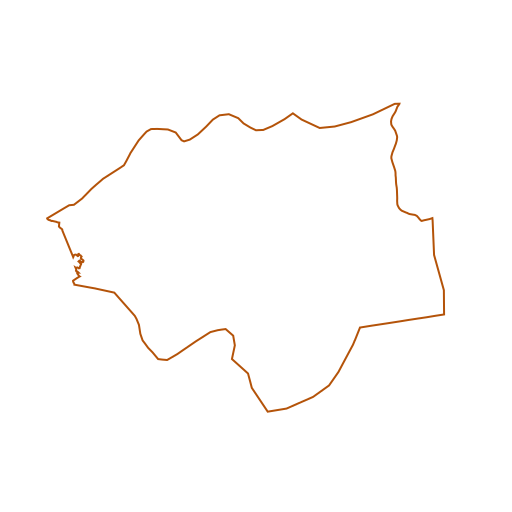 At Tall, Rif Dimashq, Syria, rotated 71°
{"feature_id": "27442178B63006606807907", "entity_name": "At Tall", "entity_type": "district", "adm_level": 2, "iso_a3": "SYR", "parent_name": "Syria", "parent_adm1": "Rif Dimashq", "projection": "orthographic", "projection_center": [36.331, 33.701], "detail": "fine", "context": "isolated", "style": "outline", "palette": "amber", "viewbox_px": 512, "rotation_deg": 71, "n_neighbors": 0, "source": "geoboundaries", "source_scale": "gbopen_adm2", "svg_char_len": 4693}
<svg xmlns="http://www.w3.org/2000/svg" viewBox="0 0 512 512"><g transform="rotate(71 256 256)"><path d="M224.0,437.0L231.5,423.7L234.5,418.3L234.6,418.2L244.5,401.9L250.6,399.4L273.1,390.1L276.4,389.5L283.0,389.1L291.9,390.7L292.7,390.7L298.9,390.7L302.5,389.5L307.7,387.9L313.4,385.2L321.6,382.1L323.4,378.4L325.4,373.9L323.1,362.2L321.2,355.5L320.8,354.0L317.1,340.6L313.1,323.9L313.7,316.3L314.4,312.4L315.2,308.5L323.9,303.5L333.6,305.1L345.6,312.3L364.5,301.8L373.1,302.4L379.3,302.9L407.0,295.6L410.2,276.8L409.1,263.8L407.8,247.9L402.2,229.1L392.5,215.8L385.5,208.3L371.3,193.0L370.8,192.6L369.5,191.4L369.0,191.0L368.8,190.8L368.6,190.7L368.2,190.3L368.1,190.1L357.9,181.3L357.5,181.0L359.5,169.5L362.5,153.2L364.8,140.4L366.1,132.8L367.7,124.1L367.8,123.4L368.4,120.4L368.7,118.7L369.4,115.0L370.9,106.1L372.4,97.8L372.5,97.2L349.5,89.5L313.0,87.3L280.1,77.5L277.6,76.9L277.6,77.3L277.6,79.3L277.6,79.8L277.4,81.6L277.1,84.2L277.0,84.7L277.0,84.9L276.9,85.8L276.8,87.9L276.2,88.5L274.3,89.4L273.3,89.7L272.0,90.2L270.4,90.9L270.0,91.3L268.8,92.5L268.7,92.7L268.1,93.9L267.9,94.3L267.6,94.8L266.9,96.1L266.4,97.0L265.8,97.8L265.1,98.5L264.5,99.0L264.1,99.6L263.3,100.5L261.2,102.8L260.9,103.2L259.3,104.3L259.0,104.4L257.9,104.9L257.0,105.2L254.1,105.6L253.3,105.5L252.8,105.5L252.3,105.3L250.1,104.7L249.8,104.6L247.7,103.8L246.5,103.4L239.6,101.3L237.3,100.7L234.4,100.2L233.4,100.0L231.5,99.5L227.5,98.3L225.2,97.8L224.3,97.5L223.1,97.1L222.3,96.9L221.9,96.8L220.7,96.6L217.1,96.5L211.6,96.5L207.5,96.2L205.8,95.5L202.4,93.2L199.6,90.7L196.4,88.1L195.5,87.3L194.6,86.7L194.2,86.4L192.4,85.2L192.2,85.1L189.5,83.8L188.2,83.6L184.0,83.6L183.1,83.6L182.7,83.6L182.4,83.7L181.1,84.0L179.7,84.4L179.0,84.6L178.8,84.7L177.4,85.0L176.5,85.2L175.4,85.2L172.7,84.5L170.6,83.3L169.3,82.2L168.3,81.3L165.7,78.0L164.7,76.9L164.0,76.3L163.4,75.8L160.9,73.7L160.3,72.8L159.5,71.7L159.0,71.0L158.7,70.8L157.3,75.3L160.1,99.3L160.4,122.5L159.2,139.4L155.7,154.1L141.8,168.5L133.1,174.7L135.9,184.4L138.5,198.3L139.1,207.2L139.2,208.0L137.8,212.7L137.1,215.1L132.7,219.5L126.6,224.6L119.9,227.9L113.1,235.5L112.1,240.1L111.1,244.7L113.0,252.4L117.4,260.9L122.1,271.4L124.4,280.7L124.2,286.7L122.3,288.7L113.1,291.7L107.7,298.1L103.8,307.7L101.8,313.9L102.7,318.9L104.3,321.9L108.5,329.3L112.0,333.8L117.1,340.3L117.6,341.0L118.8,342.2L124.1,347.8L127.2,351.3L128.7,357.0L133.2,375.5L134.2,377.9L136.6,384.0L139.1,390.0L140.9,393.5L144.2,400.1L145.0,401.6L148.3,411.5L147.2,416.1L148.4,422.1L152.4,441.2L152.5,441.2L153.0,441.1L153.3,441.1L153.5,440.9L153.8,440.7L154.0,440.6L154.3,440.3L154.4,440.2L154.5,440.1L154.7,439.8L154.8,439.7L154.9,439.4L155.0,439.3L155.0,439.2L155.3,439.0L155.3,438.9L156.1,438.2L156.3,438.0L156.3,437.9L156.3,437.7L156.4,437.4L156.5,437.3L156.5,437.2L157.3,435.9L157.5,435.6L158.3,434.3L158.8,433.5L159.4,432.9L159.6,432.7L159.8,432.3L160.4,431.1L161.1,431.4L162.1,431.9L162.8,432.2L163.9,432.7L164.2,432.6L164.4,432.6L165.0,432.3L165.4,432.1L166.3,431.5L167.5,430.7L167.8,430.6L168.0,430.6L168.9,430.8L169.0,430.8L185.0,429.9L197.4,429.2L197.6,429.2L197.3,428.9L195.9,427.9L195.8,427.0L195.9,426.3L196.1,425.8L196.5,425.5L197.0,425.2L197.6,424.8L198.1,424.5L198.1,424.3L197.8,424.1L197.1,423.9L196.6,423.6L196.2,423.2L196.3,422.8L197.0,422.6L197.6,422.5L198.0,422.2L198.3,421.7L199.2,421.4L199.7,421.1L200.0,421.4L200.3,421.7L200.5,422.0L200.8,422.2L201.1,422.3L201.6,422.1L201.9,422.0L202.4,421.7L202.9,421.3L203.4,421.0L204.1,420.6L204.6,420.8L204.9,421.0L205.3,421.3L205.4,421.7L205.2,421.9L205.1,422.1L204.9,422.8L204.5,423.4L204.1,424.0L203.6,424.4L203.3,424.2L203.1,424.0L202.9,424.0L202.9,424.4L203.2,424.9L203.2,425.2L203.4,425.5L203.5,425.4L203.8,425.3L204.0,425.2L204.5,424.9L205.1,424.8L205.4,424.6L205.8,424.1L206.4,423.8L206.6,423.9L206.9,424.1L207.2,424.5L207.4,424.7L207.5,424.8L207.8,425.0L208.0,425.1L208.3,425.4L208.5,425.7L208.7,425.9L209.6,426.4L210.0,426.7L209.9,426.9L210.0,427.5L209.8,427.7L209.4,428.0L209.1,428.2L208.9,428.4L208.6,428.8L208.6,429.1L208.8,429.6L208.8,429.9L208.5,430.2L208.1,430.5L208.4,430.5L208.7,430.4L209.0,430.3L209.4,430.3L209.6,430.4L209.9,430.4L210.2,430.4L210.5,430.5L210.8,430.6L211.3,431.0L212.1,430.8L212.5,430.0L213.2,429.6L213.4,429.5L214.0,429.2L213.8,429.8L213.7,430.4L213.9,430.6L214.0,430.6L214.3,430.7L216.0,430.2L217.4,429.7L217.6,429.6L217.9,429.4L217.9,429.6L218.0,429.8L218.3,431.1L218.6,432.5L218.8,433.3L219.1,434.4L219.4,435.5L219.8,437.0L220.4,437.2L220.6,437.2L220.9,437.2L221.1,437.2L221.4,437.2L221.5,437.2L221.8,437.2L222.4,437.0L222.5,437.0L222.7,436.9L222.8,436.9L223.0,436.9L223.3,436.9L223.5,436.9L223.8,436.9L224.0,437.0L224.0,437.0Z" fill="none" stroke="#b45309" stroke-width="2"/></g></svg>